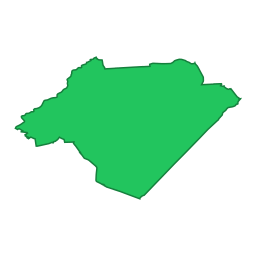 outline of Ošupes pag., Madona, Latvia
{"feature_id": "27541924B56619269975985", "entity_name": "Ošupes pag.", "entity_type": "district", "adm_level": 2, "iso_a3": "LVA", "parent_name": "Latvia", "parent_adm1": "Madona", "projection": "robinson", "projection_center": [26.739, 56.805], "detail": "fine", "context": "isolated", "style": "filled", "palette": "green", "viewbox_px": 256, "rotation_deg": 0, "n_neighbors": 0, "source": "geoboundaries", "source_scale": "gbopen_adm2", "svg_char_len": 5188}
<svg xmlns="http://www.w3.org/2000/svg" viewBox="0 0 256 256"><path d="M218.5,119.7L218.9,118.5L219.1,118.4L219.9,117.6L221.0,116.3L221.6,115.7L222.1,115.1L222.3,114.8L222.4,114.1L222.5,113.5L222.7,113.0L222.9,112.7L223.3,112.2L225.4,110.6L226.0,110.0L226.7,108.9L227.4,108.2L227.9,107.7L228.5,107.5L230.4,107.1L231.3,107.0L232.8,106.7L233.9,106.3L234.8,105.9L235.3,105.6L235.5,105.4L236.2,104.4L236.4,104.2L236.9,104.1L237.4,104.1L237.8,103.9L237.9,103.3L237.9,102.8L237.9,102.0L238.2,101.6L238.9,100.6L239.7,99.7L240.5,98.9L240.6,98.7L239.9,98.8L239.0,99.1L238.9,99.0L239.1,98.2L237.1,96.8L230.9,88.8L230.5,89.1L230.4,88.9L230.2,88.9L229.7,88.8L229.4,88.9L229.1,89.1L228.7,89.2L228.6,89.3L228.4,89.3L228.1,89.2L227.8,89.2L227.7,89.1L227.5,88.9L227.3,88.9L227.0,88.9L226.9,88.8L226.5,88.5L226.4,88.4L225.8,88.1L225.6,87.9L225.4,87.8L225.3,87.7L225.0,87.4L224.4,87.0L224.2,86.8L224.1,86.5L224.1,86.0L223.3,86.1L222.9,86.3L220.6,85.7L222.0,83.6L221.9,83.7L218.8,83.8L216.4,83.9L213.6,84.0L213.3,84.2L212.0,84.2L210.2,84.3L201.6,84.7L203.1,81.7L203.3,81.3L203.3,81.0L203.4,80.6L203.3,77.4L203.1,76.8L199.5,70.1L199.3,69.7L199.0,69.1L197.4,66.2L197.1,65.8L196.3,65.0L195.2,63.7L195.0,63.2L194.9,62.9L194.7,63.3L194.3,63.4L193.6,63.6L191.8,63.8L191.2,63.7L190.5,63.3L189.6,62.7L189.2,62.4L187.5,61.8L186.7,61.5L186.3,61.3L186.2,61.2L185.7,60.7L185.2,60.5L181.6,59.4L179.2,59.3L176.7,60.0L175.8,60.3L174.8,60.7L174.6,60.8L173.0,62.3L170.9,63.5L170.7,63.5L168.1,63.6L164.7,63.7L161.8,63.7L157.5,63.5L153.0,63.3L152.8,63.4L152.5,63.4L149.7,64.3L149.8,65.1L149.9,65.7L150.0,66.3L149.8,66.3L149.1,66.4L147.1,66.5L145.2,66.6L143.8,66.7L142.3,66.7L134.6,67.1L119.2,68.0L118.0,68.1L117.3,68.1L115.4,68.2L114.9,68.3L108.4,68.7L107.6,68.7L105.5,68.9L104.7,68.8L104.7,68.1L104.7,67.7L103.7,66.3L103.2,65.5L103.1,65.1L102.9,64.7L102.4,61.4L102.1,60.0L99.4,59.9L98.5,59.7L98.0,59.4L97.7,59.2L97.3,59.1L97.1,59.0L97.0,58.6L96.7,58.3L96.8,58.3L96.7,58.2L96.4,57.8L96.3,57.7L96.1,57.2L95.2,57.7L94.6,58.0L94.5,57.9L93.8,58.3L93.3,59.1L93.2,59.2L91.7,59.4L91.3,59.4L91.0,59.4L90.4,59.6L90.9,60.5L87.8,62.1L87.7,62.2L86.8,62.4L86.6,62.4L86.6,63.2L86.5,63.4L86.2,63.7L85.7,64.1L84.9,64.3L82.1,65.2L81.9,65.4L81.7,65.6L81.5,65.8L81.4,66.1L81.4,66.3L81.6,66.8L81.7,67.0L81.6,67.4L81.5,67.5L81.4,67.6L81.2,67.7L80.9,67.8L80.5,67.8L79.7,67.6L79.3,67.6L78.9,67.6L78.5,67.7L77.8,68.2L77.4,68.5L77.1,69.0L76.6,69.5L76.4,69.6L75.8,69.8L75.4,69.9L74.0,70.0L73.4,70.1L72.9,70.3L72.4,70.6L72.1,70.9L71.9,71.5L71.8,72.0L71.7,72.6L71.8,73.1L71.8,73.4L71.2,74.7L71.1,75.2L71.0,75.9L70.5,76.7L70.1,77.0L68.7,78.1L67.4,79.1L67.2,79.4L67.1,79.7L67.2,80.1L67.6,80.8L67.7,81.3L67.7,81.9L67.4,83.1L67.4,83.6L67.4,83.9L67.6,84.4L67.8,85.4L67.7,85.9L67.4,86.6L66.7,87.9L66.5,88.1L66.1,88.3L65.0,88.8L64.3,89.1L63.8,89.4L63.1,90.0L62.9,90.3L62.6,90.7L62.2,91.3L61.5,92.0L61.1,92.3L59.7,92.9L58.1,93.7L57.6,94.1L57.4,94.3L57.3,94.5L57.1,94.9L57.1,95.1L57.1,95.4L57.1,95.9L57.2,96.3L57.1,96.8L57.0,97.0L56.8,97.2L56.6,97.3L56.0,97.5L55.2,97.6L54.3,97.7L53.0,97.8L52.4,98.0L51.3,98.2L50.8,98.4L47.8,99.8L47.3,100.0L47.0,100.0L45.7,100.2L45.2,100.3L44.8,100.4L44.5,100.5L44.3,100.6L44.1,100.8L43.9,101.1L43.7,101.5L42.4,104.1L42.2,104.6L41.9,105.1L41.4,105.8L40.9,106.4L40.5,106.8L40.1,107.0L39.1,107.7L38.4,108.0L37.4,108.3L36.5,108.6L35.2,108.7L34.9,108.7L34.8,108.8L34.6,108.9L33.9,109.4L33.8,109.7L33.7,109.8L33.8,110.0L33.9,110.5L33.9,111.0L33.8,111.3L33.7,111.4L33.4,111.6L33.0,111.7L32.3,111.8L32.0,111.8L31.5,111.8L31.3,111.8L31.0,112.0L30.4,112.4L29.9,112.7L29.7,112.9L29.2,113.1L28.5,113.3L28.1,113.3L27.3,113.4L26.7,113.4L26.3,113.5L25.9,113.8L25.6,114.2L25.1,115.0L24.8,115.2L24.4,115.5L24.2,115.6L23.1,115.7L22.4,115.8L22.1,115.9L21.8,116.1L21.5,116.3L21.5,116.5L21.4,116.6L21.4,116.9L21.4,117.0L21.7,117.8L21.9,118.1L23.9,120.3L24.2,120.5L24.5,121.0L24.5,121.5L24.2,122.0L23.7,122.4L23.3,122.6L23.1,122.7L21.7,123.8L20.9,124.3L19.4,125.2L18.1,125.8L16.8,126.4L16.2,126.8L16.0,127.0L15.6,127.9L15.4,128.3L15.6,128.4L17.6,129.5L18.6,128.8L19.2,128.7L22.6,130.8L21.2,131.7L21.2,131.8L25.2,132.3L27.2,132.6L27.5,133.2L27.3,133.3L26.3,134.1L26.0,134.3L25.1,134.6L25.0,134.8L25.9,135.1L25.5,136.0L28.3,137.3L27.6,137.8L27.3,137.9L28.5,138.7L30.8,137.1L31.3,137.3L33.8,138.5L35.1,138.8L36.2,146.1L37.5,146.1L40.4,145.5L43.9,144.7L48.5,143.7L49.2,143.5L52.2,142.3L53.0,142.9L53.6,142.1L53.7,141.7L55.6,141.2L56.1,140.6L57.4,139.8L57.6,139.6L59.4,137.2L61.1,138.2L62.9,139.0L64.1,139.5L64.6,141.9L64.7,142.3L72.1,142.1L73.9,142.0L73.5,143.2L73.5,143.3L73.7,143.6L74.8,145.0L75.6,145.9L79.5,151.4L79.7,151.6L80.2,152.1L79.7,152.3L80.3,153.2L80.6,153.6L80.8,153.5L84.2,158.1L84.4,158.3L87.8,159.6L88.6,160.0L94.6,165.1L95.9,166.2L95.9,166.4L96.6,167.1L96.9,168.0L96.8,168.9L96.6,171.0L96.4,172.8L96.2,175.3L96.0,180.1L96.1,180.8L96.4,181.2L96.8,181.6L100.5,183.4L102.2,184.4L102.2,184.2L102.3,184.2L103.2,184.5L103.4,184.5L103.7,184.5L103.8,184.5L104.5,185.3L104.2,185.6L106.9,187.1L118.4,190.9L120.3,191.5L126.4,193.8L139.8,198.8L139.8,198.2L140.4,197.6L141.2,196.6L141.7,196.5L142.1,195.9L144.2,195.2L174.6,163.6L185.6,152.5L199.5,138.2L207.9,129.4L217.4,120.6L218.5,119.7Z" fill="#22c55e" stroke="#15803d" stroke-width="1.5"/></svg>